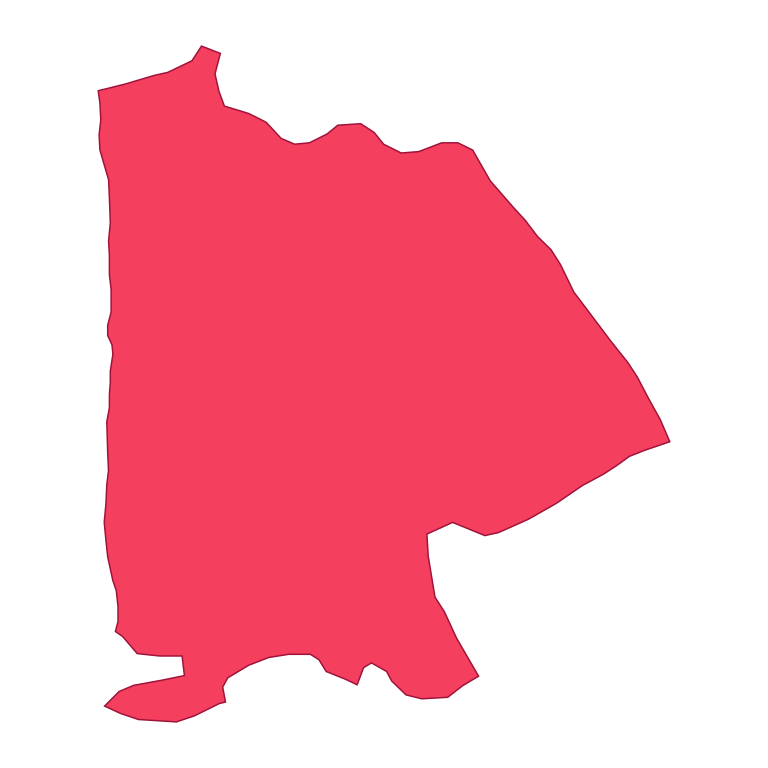 Charkeia, Cyprus
{"feature_id": "46923920B54371485006502", "entity_name": "Charkeia", "entity_type": "district", "adm_level": 2, "iso_a3": "CYP", "parent_name": "Cyprus", "parent_adm1": "", "projection": "equal_earth", "projection_center": [33.53, 35.309], "detail": "fine", "context": "isolated", "style": "filled", "palette": "rose", "viewbox_px": 768, "rotation_deg": 0, "n_neighbors": 0, "source": "geoboundaries", "source_scale": "gbopen_adm2", "svg_char_len": 1617}
<svg xmlns="http://www.w3.org/2000/svg" viewBox="0 0 768 768"><path d="M225.5,702.0L222.7,687.1L227.8,677.8L248.6,665.3L268.7,657.5L288.8,654.3L310.4,654.3L319.0,659.8L326.2,671.5L345.6,679.3L357.1,684.8L363.6,667.6L371.5,662.9L386.6,671.5L391.6,680.9L406.0,694.9L421.8,698.8L447.7,697.3L462.8,685.6L478.6,676.2L456.6,638.2L444.4,611.8L435.0,597.1L428.2,556.1L426.9,534.1L452.5,522.4L484.9,535.6L498.4,532.6L528.1,519.4L556.4,503.3L582.1,485.7L603.7,474.0L617.2,465.2L629.3,456.4L644.1,450.5L669.8,441.7L660.3,419.7L648.2,397.8L637.4,377.2L627.9,362.6L610.4,340.6L586.1,308.3L573.9,292.2L560.4,264.4L551.0,249.7L537.5,236.5L525.3,220.4L513.2,207.2L490.3,180.9L472.7,150.1L457.9,142.8L441.7,142.8L418.7,151.6L401.2,153.0L383.6,144.2L374.2,132.5L360.7,123.7L337.8,125.2L327.0,134.0L309.4,142.8L294.6,144.2L281.1,138.4L266.2,122.3L248.7,113.5L224.4,106.1L219.0,91.5L215.0,73.9L220.4,53.4L214.9,51.3L201.5,46.1L192.0,60.7L167.7,72.4L154.2,75.4L139.4,79.8L124.6,84.2L98.2,90.7L99.9,102.9L100.8,119.8L99.1,134.8L99.9,149.8L103.4,162.0L108.6,179.8L109.4,197.6L110.3,222.9L108.6,240.8L109.4,255.8L109.4,274.5L111.1,289.5L111.1,312.0L107.7,325.2L107.7,335.5L112.0,344.9L112.9,354.2L110.3,371.1L110.3,382.4L109.4,394.6L109.4,407.7L106.8,421.8L107.7,452.7L108.5,470.6L106.8,484.6L105.9,504.4L104.2,522.2L105.9,540.0L107.7,556.9L112.8,580.4L116.3,590.7L118.0,606.6L118.0,621.7L115.4,631.5L122.6,636.5L137.2,653.6L159.7,656.0L182.1,656.0L184.4,675.6L160.8,680.4L133.8,685.3L119.2,691.4L104.6,706.1L120.4,713.4L138.3,719.5L176.5,721.9L194.5,715.8L219.2,703.6L225.5,702.0Z" fill="#f43f5e" stroke="#9f1239" stroke-width="1.5"/></svg>